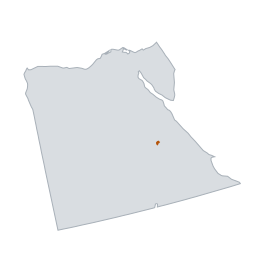 Armant, Qina, Egypt (highlighted), rotated 345°
{"feature_id": "37247803B28192113145833", "entity_name": "Armant", "entity_type": "district", "adm_level": 2, "iso_a3": "EGY", "parent_name": "Egypt", "parent_adm1": "Qina", "projection": "orthographic", "projection_center": [32.504, 25.612], "detail": "fine", "context": "in_parent", "style": "filled", "palette": "amber", "viewbox_px": 256, "rotation_deg": 345, "n_neighbors": 0, "source": "geoboundaries", "source_scale": "gbopen_adm2", "svg_char_len": 3526}
<svg xmlns="http://www.w3.org/2000/svg" viewBox="0 0 256 256"><g transform="rotate(345 128 128)"><path d="M222.1,210.8L216.9,211.0L211.7,211.2L206.5,211.3L201.3,211.4L196.1,211.5L190.9,211.6L185.7,211.7L180.5,211.8L175.3,211.9L170.1,211.9L164.9,212.0L159.7,212.0L154.5,212.0L149.3,212.0L144.1,212.0L138.9,211.9L135.9,211.9L136.4,210.4L136.8,209.3L136.4,208.6L135.4,208.4L134.8,208.6L133.2,211.8L132.4,211.9L130.5,211.9L124.5,211.8L118.4,211.7L112.3,211.6L106.3,211.5L100.2,211.3L94.2,211.2L88.1,211.0L82.1,210.8L76.1,210.6L70.0,210.4L64.0,210.1L58.0,209.8L51.9,209.6L45.9,209.3L39.9,208.9L33.9,208.6L34.1,204.8L34.3,201.0L34.5,197.1L34.7,193.3L34.9,189.5L35.1,185.6L35.3,181.8L35.5,178.0L35.7,174.1L35.9,170.3L36.1,166.5L36.3,162.6L36.5,158.8L36.7,154.9L36.9,151.1L37.1,147.3L37.4,143.4L37.6,139.6L37.8,135.8L38.0,131.9L38.2,128.1L38.5,124.3L38.7,120.4L38.9,116.6L39.2,112.8L39.4,108.9L39.6,105.1L39.9,101.3L40.1,97.4L40.4,93.6L40.6,89.8L40.8,85.9L40.8,85.2L40.1,82.6L39.6,79.2L39.0,75.1L39.0,73.8L38.0,69.5L37.9,68.4L38.3,67.5L40.8,64.1L41.5,62.5L42.2,60.5L42.5,58.8L42.1,56.2L41.5,53.9L41.4,51.5L41.4,49.2L42.6,47.7L44.1,46.3L44.7,45.4L45.5,44.5L46.1,44.0L47.0,46.1L49.3,46.6L56.8,45.2L64.9,47.4L69.3,48.3L76.2,50.2L80.4,53.1L81.5,53.5L84.6,53.6L86.5,55.3L94.5,56.4L98.7,58.3L101.1,59.9L102.5,60.4L103.8,60.3L105.6,59.8L107.8,58.8L110.2,57.5L115.2,53.9L117.0,53.3L118.2,53.5L119.5,53.4L120.1,52.5L120.9,51.8L121.4,51.0L122.1,50.1L124.7,49.9L129.9,48.3L129.3,49.1L124.6,50.8L126.6,51.1L128.6,50.5L131.0,50.1L131.4,49.4L131.7,47.9L132.2,47.7L133.8,48.0L138.6,50.3L139.8,50.3L143.2,49.1L143.9,48.9L145.0,49.6L147.5,52.3L146.6,52.3L144.0,49.9L143.7,51.1L142.2,53.1L144.1,54.0L145.6,54.4L146.5,55.5L147.0,56.5L148.5,56.1L149.6,54.7L149.1,53.9L148.7,53.1L149.2,53.1L150.3,53.8L153.3,56.4L154.4,57.0L155.5,56.9L158.0,56.1L158.7,56.2L162.1,55.2L162.5,56.0L163.0,56.7L165.7,55.9L169.9,55.8L173.4,54.9L177.3,52.8L177.7,52.5L177.9,53.0L178.4,54.4L179.6,58.0L180.8,60.9L182.1,64.8L182.6,66.3L182.8,67.3L184.7,71.6L185.9,75.2L186.8,78.1L188.1,82.3L188.6,83.8L187.8,84.6L186.2,87.3L184.6,96.1L182.1,103.0L181.9,107.3L181.5,108.8L180.3,111.0L178.9,113.2L176.2,112.1L171.9,108.4L169.3,104.9L166.6,102.6L164.1,99.6L163.4,97.4L163.4,96.0L162.3,92.6L161.4,91.0L158.4,87.3L157.5,85.4L156.8,84.6L156.1,83.3L155.0,78.6L153.8,75.6L152.4,76.4L152.7,77.7L151.5,79.4L150.8,81.5L151.3,83.1L153.8,85.6L154.3,86.7L154.9,89.1L154.8,92.4L155.2,93.5L157.1,95.9L157.8,97.3L158.2,98.5L158.8,99.7L160.7,101.8L163.4,105.7L166.0,108.4L167.9,109.7L168.7,111.0L168.9,114.4L168.8,116.0L170.4,119.0L171.0,120.5L172.6,121.7L173.4,123.2L174.1,125.5L175.1,132.3L176.5,134.0L181.0,142.9L184.7,148.6L186.5,152.8L189.3,157.9L194.8,169.2L198.0,172.6L199.3,174.6L201.6,176.0L204.2,178.2L201.8,178.0L201.2,178.2L200.4,178.6L200.0,179.9L199.8,181.0L200.3,186.7L201.0,189.7L203.2,195.2L204.8,196.8L205.6,197.8L206.7,198.6L211.7,200.4L214.7,204.3L221.4,209.1L222.1,210.5L222.1,210.8Z" fill="#d9dde1" stroke="#a8b0b8" stroke-width="1"/><path d="M154.3,149.7L154.2,149.6L154.1,149.4L154.0,149.2L153.8,149.1L153.7,149.0L153.7,148.9L153.4,148.9L153.0,149.0L152.9,149.1L152.7,149.2L152.4,149.3L152.2,149.4L152.2,149.5L152.0,149.8L152.0,150.0L151.9,150.1L151.9,150.3L152.0,150.4L151.9,150.5L151.9,150.8L151.9,151.0L152.0,151.2L152.1,151.5L152.3,151.4L152.4,151.2L152.3,150.9L152.3,150.7L152.5,150.4L152.9,150.3L153.0,150.3L153.2,150.2L153.3,150.2L153.5,150.2L153.8,150.1L154.0,150.0L154.0,149.9L154.3,149.7L154.3,149.7Z" fill="#f59e0b" stroke="#b45309" stroke-width="1.5"/></g></svg>